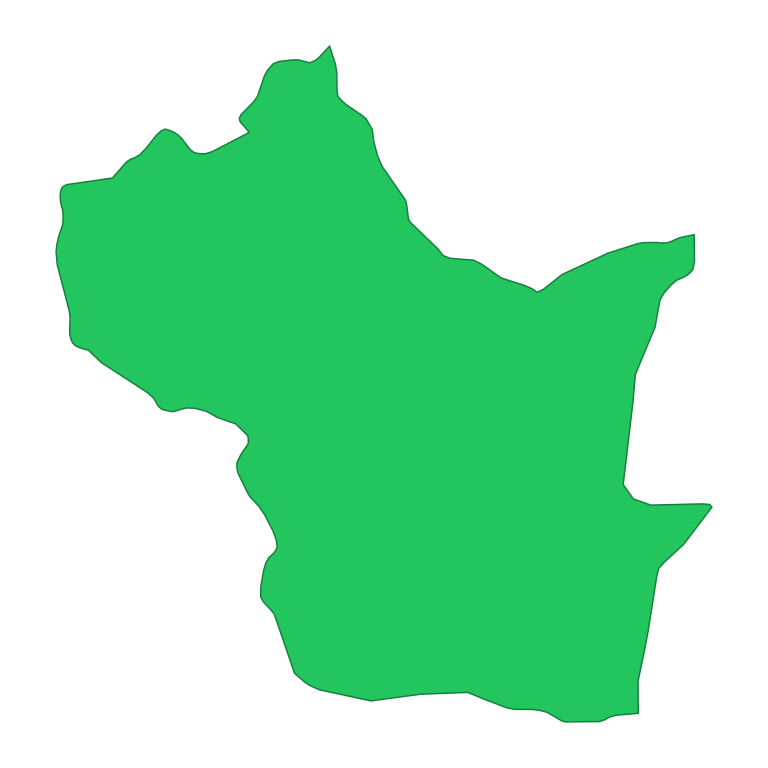 map outline of Kâmpóng Spœ (Albers equal-area conic projection)
{"feature_id": "KHM-1787", "entity_name": "Kâmpóng Spœ", "entity_type": "Province", "adm_level": 1, "iso_a3": "KHM", "parent_name": "Cambodia", "parent_adm1": "", "projection": "albers", "projection_center": [104.227, 11.598], "detail": "fine", "context": "isolated", "style": "filled", "palette": "green", "viewbox_px": 768, "rotation_deg": 0, "n_neighbors": 0, "source": "natural_earth", "source_scale": "10m", "svg_char_len": 2395}
<svg xmlns="http://www.w3.org/2000/svg" viewBox="0 0 768 768"><path d="M172.2,411.7L163.3,409.8L161.0,408.7L158.6,406.6L153.6,398.1L147.2,392.4L101.6,362.8L88.4,350.2L83.3,348.9L76.9,346.6L74.6,345.0L72.7,342.9L70.9,339.2L69.9,334.9L69.7,329.5L70.1,318.3L69.4,311.5L57.2,264.5L56.1,252.1L56.8,244.9L58.6,236.8L62.8,224.2L63.2,216.0L62.6,209.8L61.2,205.0L60.4,200.1L60.2,195.2L60.8,190.8L61.6,188.4L62.7,186.9L64.0,186.0L66.8,184.6L112.5,178.0L125.8,162.7L128.0,160.9L131.4,158.8L133.9,158.2L139.8,154.8L146.1,148.3L156.0,135.7L160.9,131.0L165.2,129.1L169.0,130.2L173.6,132.1L178.1,135.1L181.8,138.6L190.1,149.5L193.5,152.2L197.8,153.5L205.4,153.8L212.3,151.6L246.6,133.8L248.8,132.1L247.6,130.2L240.1,121.8L239.3,118.3L241.2,114.5L253.8,101.7L257.6,96.1L264.5,75.7L267.7,70.0L273.3,63.7L278.9,61.5L293.0,59.9L298.3,59.9L309.6,62.8L315.1,60.6L318.9,57.6L329.6,46.1L335.5,64.5L336.8,72.8L337.0,89.2L337.5,94.4L338.1,96.7L341.2,100.1L346.0,104.5L362.4,115.7L365.6,118.5L366.5,119.6L372.2,129.4L373.9,142.1L377.7,156.2L382.2,166.6L405.6,200.3L406.7,204.9L408.3,217.8L408.9,220.1L411.0,223.0L437.9,248.9L443.1,255.6L450.3,258.3L473.7,260.2L481.7,264.2L500.0,277.2L502.1,278.3L524.8,285.5L531.9,288.7L533.8,289.8L536.7,292.2L539.1,291.4L543.1,289.5L562.1,274.5L608.3,253.0L638.5,243.4L644.7,242.6L656.5,242.5L661.3,243.0L666.1,242.8L668.8,242.4L680.0,237.6L694.2,234.7L694.5,261.3L692.8,269.6L689.9,272.9L686.7,275.5L682.8,277.6L676.5,280.3L670.3,285.7L664.3,292.7L661.7,296.8L659.9,300.3L655.0,327.3L635.4,374.3L633.0,401.5L623.2,484.5L633.3,498.9L650.8,505.1L702.6,503.9L709.7,504.5L711.9,507.2L683.9,544.1L663.9,562.6L658.7,568.4L656.9,575.5L648.0,631.8L644.3,651.4L638.0,681.3L638.3,713.3L616.3,715.2L609.1,717.2L605.4,719.5L601.3,721.0L598.9,721.6L565.3,721.9L561.6,720.8L546.9,712.2L540.4,710.6L533.3,709.5L514.4,709.3L506.4,707.7L484.9,699.5L467.6,692.4L420.5,694.2L370.8,700.9L319.4,689.8L310.9,686.0L305.1,682.5L294.5,673.3L274.3,614.1L270.0,608.9L264.2,602.8L262.9,601.1L260.8,597.1L260.6,592.5L261.0,585.5L263.7,570.1L265.9,562.8L268.8,557.7L273.8,553.0L275.9,550.2L277.2,546.9L276.3,540.1L273.0,531.0L264.4,514.3L258.5,505.9L250.1,496.9L247.7,492.9L238.1,473.4L236.9,468.1L237.0,462.5L240.9,454.5L248.2,443.9L248.3,439.6L247.9,435.8L235.8,423.9L217.6,417.6L206.2,411.2L194.8,408.3L187.1,407.9L181.9,409.0L175.3,411.2L172.2,411.7Z" fill="#22c55e" stroke="#15803d" stroke-width="1.5"/></svg>